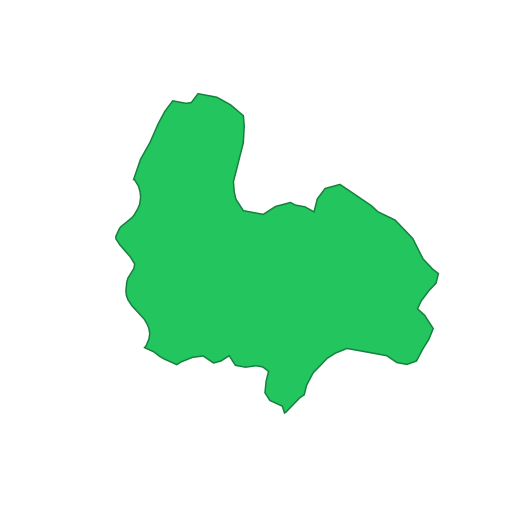 Songchon, P'yŏngan-namdo, North Korea, rotated 57°
{"feature_id": "82179303B38365888495896", "entity_name": "Songchon", "entity_type": "district", "adm_level": 2, "iso_a3": "PRK", "parent_name": "North Korea", "parent_adm1": "P'yŏngan-namdo", "projection": "albers", "projection_center": [126.243, 39.3], "detail": "fine", "context": "isolated", "style": "filled", "palette": "green", "viewbox_px": 512, "rotation_deg": 57, "n_neighbors": 0, "source": "geoboundaries", "source_scale": "gbopen_adm2", "svg_char_len": 1544}
<svg xmlns="http://www.w3.org/2000/svg" viewBox="0 0 512 512"><g transform="rotate(57 256 256)"><path d="M403.2,317.6L403.2,315.7L400.9,305.9L398.7,296.1L398.7,291.2L391.9,283.9L385.1,271.7L382.9,261.9L380.6,252.1L380.7,242.3L383.1,230.1L390.0,222.7L401.5,210.5L410.8,200.7L422.2,195.8L429.1,188.5L431.5,178.7L424.7,166.5L420.2,156.7L413.4,146.9L404.2,146.9L397.3,146.9L388.2,149.3L383.7,142.0L379.2,129.7L376.9,119.9L370.1,112.6L368.7,113.1L363.2,115.0L349.5,117.5L326.6,115.0L301.5,119.8L285.4,129.6L276.2,132.0L264.7,136.9L253.2,141.7L241.7,146.6L237.0,161.3L241.5,173.5L250.6,183.3L241.4,188.2L234.5,195.5L229.9,197.9L225.1,212.6L225.0,227.3L211.1,241.9L197.4,241.9L190.5,239.4L181.4,234.5L172.3,224.6L165.5,217.3L154.2,205.0L140.6,195.1L131.5,190.2L115.4,195.0L101.6,202.3L88.3,216.2L92.1,226.7L89.8,231.6L80.5,241.3L85.0,253.6L91.7,265.8L103.0,283.0L112.0,300.2L125.2,317.0L125.8,316.3L133.2,316.5L139.1,318.3L143.6,320.6L147.3,323.7L149.3,325.4L152.0,329.5L155.1,335.5L156.3,339.3L157.8,353.2L158.6,355.5L163.1,362.8L165.3,364.1L172.7,364.1L188.0,361.9L196.6,362.1L200.1,365.4L204.8,375.5L207.7,378.8L214.4,384.1L218.3,386.1L222.8,387.2L230.0,387.2L248.3,384.1L253.7,384.4L257.9,385.1L263.3,387.4L267.3,391.0L271.4,397.0L272.1,399.4L280.9,393.8L287.9,391.4L292.5,389.0L304.0,381.6L304.0,376.8L306.4,364.5L311.1,354.7L322.6,349.9L325.0,342.5L325.0,332.8L336.5,332.8L343.5,325.4L348.1,315.7L352.7,310.8L359.6,308.3L366.5,315.7L375.6,323.0L384.8,323.0L396.3,315.7L403.2,317.6Z" fill="#22c55e" stroke="#15803d" stroke-width="1.5"/></g></svg>